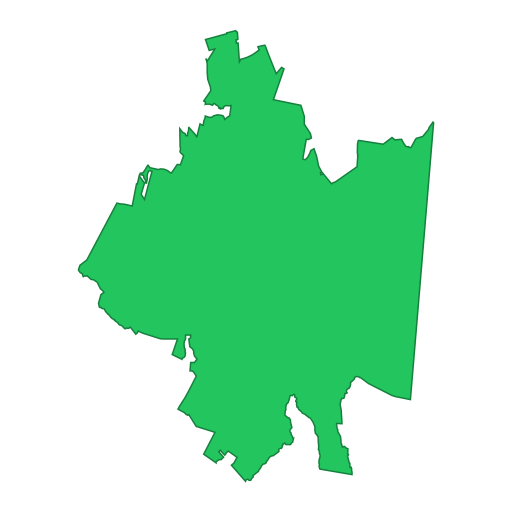 San Juan del Río, Querétaro, Mexico
{"feature_id": "50627088B99493350429125", "entity_name": "San Juan del Río", "entity_type": "district", "adm_level": 2, "iso_a3": "MEX", "parent_name": "Mexico", "parent_adm1": "Querétaro", "projection": "equal_earth", "projection_center": [-100.015, 20.377], "detail": "fine", "context": "isolated", "style": "filled", "palette": "green", "viewbox_px": 512, "rotation_deg": 0, "n_neighbors": 0, "source": "geoboundaries", "source_scale": "gbopen_adm2", "svg_char_len": 6079}
<svg xmlns="http://www.w3.org/2000/svg" viewBox="0 0 512 512"><path d="M348.0,449.0L347.8,448.6L346.6,448.4L344.6,446.5L343.6,446.5L342.6,447.2L342.0,446.6L341.9,445.1L341.0,442.7L341.0,440.6L340.5,436.5L339.2,434.0L338.6,433.5L338.6,432.9L337.7,431.6L337.9,430.1L337.1,428.5L336.5,424.0L336.6,423.5L342.0,423.7L341.2,410.2L340.1,404.3L341.0,400.4L341.0,399.6L341.5,399.2L341.6,398.5L343.8,398.3L344.5,396.7L344.5,395.7L344.9,394.8L344.9,393.5L346.7,393.3L347.1,392.8L346.4,391.7L346.7,389.7L348.6,388.4L349.1,388.3L349.2,387.2L350.0,386.9L350.6,384.3L350.5,382.6L353.9,379.5L354.4,378.9L354.7,377.5L355.1,377.0L356.9,376.5L358.9,376.9L359.4,377.4L360.5,377.6L368.6,383.6L392.4,395.7L393.0,395.6L394.5,396.4L410.4,399.6L433.6,122.7L433.0,122.1L429.2,127.4L428.3,129.7L422.7,136.5L416.4,138.3L415.4,139.5L411.0,147.6L409.2,147.4L409.1,147.0L408.4,146.6L407.6,146.8L405.7,146.3L403.1,142.3L401.6,139.3L396.5,139.7L395.3,140.1L392.0,137.5L383.2,144.2L358.5,140.4L358.2,140.8L357.5,144.0L357.3,153.1L357.6,153.4L357.8,155.3L357.6,155.3L357.7,157.0L357.0,166.8L335.3,182.0L333.1,182.7L331.5,183.8L323.1,173.6L322.6,174.3L320.7,174.7L320.5,172.7L322.4,172.7L321.6,171.8L318.6,166.0L316.7,156.7L314.0,148.7L310.7,150.6L310.1,152.6L307.6,157.4L305.3,159.7L303.9,159.5L302.8,158.8L306.2,139.6L306.4,139.3L308.5,139.5L311.4,138.0L310.4,133.5L304.3,124.2L304.3,116.4L300.9,105.3L273.4,99.7L284.0,68.9L281.6,67.4L276.2,73.7L268.3,54.0L265.3,45.9L264.7,45.2L257.9,46.7L259.2,50.0L252.4,54.8L247.7,57.1L242.9,58.8L240.9,59.1L239.4,61.8L238.1,43.0L236.4,43.2L236.0,39.9L237.3,39.7L237.9,39.3L237.4,32.2L235.6,31.0L235.6,30.7L226.7,32.9L226.8,33.7L205.5,39.5L209.2,50.4L214.8,49.0L207.5,60.8L205.8,58.5L206.7,61.2L207.2,63.8L207.2,70.8L207.1,72.1L207.4,74.6L207.7,79.1L210.4,87.2L210.8,90.7L203.7,101.0L204.4,101.4L205.5,101.6L205.2,104.4L205.6,104.2L209.8,104.2L212.4,105.3L213.9,103.5L214.5,103.4L215.5,104.5L218.0,106.0L218.8,107.4L218.9,108.1L219.1,108.3L219.4,108.2L219.5,107.8L219.8,107.8L219.8,108.2L220.4,109.0L220.7,109.0L220.8,108.0L222.0,108.6L223.2,108.5L224.1,106.3L226.2,105.6L230.5,105.9L231.2,104.9L229.7,115.8L227.1,117.4L224.8,119.5L223.9,117.0L223.0,115.8L221.3,115.3L217.5,114.8L213.7,115.8L211.9,117.3L208.8,117.3L205.3,116.0L204.9,118.4L203.9,120.7L203.1,125.5L200.0,123.9L197.3,135.0L197.3,136.1L196.7,136.8L195.3,134.6L188.9,127.4L188.7,127.5L188.5,130.5L187.5,133.7L187.6,135.6L186.0,135.8L185.1,133.6L182.4,132.1L179.8,128.7L180.1,147.0L180.6,148.3L180.0,151.3L180.4,152.6L183.6,155.6L180.4,164.8L177.3,164.4L171.4,173.1L170.0,172.4L167.6,170.6L164.1,169.2L160.9,168.9L158.2,169.5L149.9,167.7L148.0,165.2L147.4,165.8L145.3,169.4L143.3,172.4L142.5,173.0L140.3,173.2L139.6,174.8L142.0,174.9L142.6,175.3L143.3,175.3L143.6,175.7L143.9,177.9L145.4,180.0L145.7,183.0L146.5,183.1L147.4,178.4L147.1,176.8L147.5,173.7L148.8,171.0L149.4,170.7L152.0,171.3L144.5,199.5L141.2,194.3L144.5,183.1L139.2,175.8L137.3,184.1L136.5,183.9L132.2,206.0L124.4,204.2L120.5,203.9L116.9,203.1L86.8,260.0L80.0,265.2L78.4,269.8L79.2,271.3L80.3,272.7L82.3,273.7L83.1,276.6L83.3,276.7L84.1,276.0L85.9,276.1L87.2,275.8L91.0,279.4L93.6,279.8L97.2,282.2L100.4,288.8L102.4,290.3L103.9,292.4L101.0,294.5L98.5,303.3L99.4,307.2L100.1,307.5L100.9,307.3L101.4,308.0L102.8,308.7L104.0,308.6L105.8,311.8L106.6,312.5L108.0,314.3L109.2,315.0L110.8,317.4L112.5,318.8L114.0,319.4L114.1,319.9L114.8,320.5L115.0,320.3L115.5,321.2L117.6,322.5L118.7,324.2L119.5,324.9L120.3,325.0L122.6,326.2L123.3,327.3L125.1,328.9L126.5,328.0L127.4,328.3L128.9,328.2L130.3,327.1L135.8,334.2L137.4,332.8L138.1,331.1L142.8,333.2L160.5,338.8L164.3,339.0L177.5,339.0L172.2,354.6L181.9,359.3L181.9,359.1L182.6,358.1L184.1,357.4L185.2,355.7L185.5,352.6L185.0,351.8L185.2,350.7L185.1,349.2L184.4,347.7L184.0,343.9L184.5,340.9L184.8,340.6L185.6,338.8L185.5,335.1L190.7,335.0L190.5,336.9L190.7,337.3L189.8,338.5L188.8,339.0L189.8,346.7L192.2,348.6L193.6,350.7L193.7,353.3L194.6,356.2L197.0,359.1L194.5,362.5L190.7,362.5L190.0,370.9L192.0,370.9L193.5,371.9L196.3,376.1L188.1,392.1L184.7,398.2L179.6,406.1L178.0,409.2L184.6,412.7L185.7,414.1L187.7,415.3L188.8,414.6L196.2,426.4L215.0,432.3L203.7,454.2L216.0,462.8L215.9,462.0L218.8,459.8L221.1,459.6L223.6,457.2L218.8,451.8L220.2,450.2L224.7,455.1L225.6,454.2L226.0,453.1L228.3,451.1L237.0,457.3L233.9,463.1L231.4,465.2L245.5,481.3L246.0,479.9L247.9,479.2L249.0,480.3L250.7,480.3L251.9,478.1L253.2,477.1L253.0,475.6L258.5,471.3L259.3,469.2L259.8,469.0L260.7,467.7L261.4,466.0L263.0,464.2L265.0,463.7L265.4,463.2L266.0,463.0L266.5,461.6L267.4,460.5L269.2,457.7L270.4,456.5L272.0,455.8L273.1,455.8L279.0,451.4L278.7,450.1L278.7,449.2L280.7,448.2L281.4,448.3L281.7,448.0L282.4,446.5L282.3,445.2L282.9,444.9L283.1,443.9L283.7,443.8L284.7,443.0L285.0,443.1L285.5,444.2L286.1,444.6L290.0,444.6L290.7,444.4L290.9,443.7L291.7,442.8L292.6,442.3L293.5,438.4L293.0,438.7L292.5,436.8L291.0,434.0L291.0,432.9L290.1,432.0L289.9,430.8L289.9,430.3L290.4,429.3L291.6,428.0L291.9,427.4L290.6,422.6L290.4,419.9L289.2,418.0L287.9,417.7L285.5,415.7L285.0,415.1L284.9,414.7L285.3,410.9L285.8,410.0L285.9,409.4L285.7,407.8L286.4,404.4L288.1,402.6L289.1,399.9L290.1,395.7L290.7,395.4L292.3,395.7L293.7,394.3L294.2,394.4L294.8,395.1L294.6,396.3L295.0,397.3L296.7,398.1L296.6,399.6L295.9,400.4L295.8,400.9L295.8,401.6L297.0,402.3L296.5,403.5L296.6,405.0L297.0,405.9L296.8,406.7L297.0,407.1L297.9,407.3L298.2,407.7L298.3,408.7L298.9,409.6L301.5,411.8L302.3,413.1L305.0,414.3L306.3,415.5L307.0,415.8L307.5,416.5L308.2,416.7L308.7,417.5L310.2,418.0L312.8,421.7L314.7,426.1L315.0,428.0L314.8,429.5L315.4,433.3L316.2,434.0L316.3,434.5L317.2,435.1L317.4,435.9L318.1,436.7L318.3,442.2L318.7,446.3L318.4,449.5L319.3,451.1L319.5,453.9L320.0,454.7L320.1,456.2L319.6,458.4L319.2,459.2L319.4,459.8L319.1,460.4L318.9,463.0L319.4,464.2L319.1,466.6L319.9,469.1L352.0,474.6L352.0,471.9L351.5,470.1L351.7,468.8L351.1,467.2L350.2,467.5L349.9,467.3L349.9,463.7L349.8,463.2L349.3,462.9L347.5,456.1L348.5,454.8L348.3,454.2L347.6,453.7L347.6,453.2L347.9,451.8L347.8,450.6L348.0,449.0Z" fill="#22c55e" stroke="#15803d" stroke-width="1.5"/></svg>